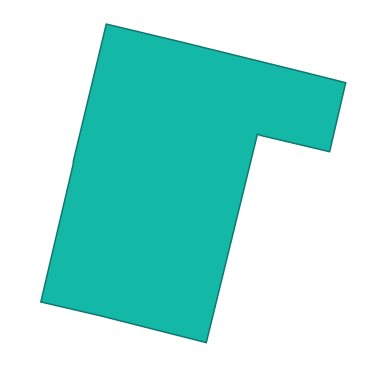 Wells, Indiana, United States of America (Natural Earth projection), rotated 194°
{"feature_id": "52423323B5084797475274", "entity_name": "Wells", "entity_type": "district", "adm_level": 2, "iso_a3": "USA", "parent_name": "United States of America", "parent_adm1": "Indiana", "projection": "natural_earth1", "projection_center": [-85.249, 40.742], "detail": "fine", "context": "isolated", "style": "filled", "palette": "teal", "viewbox_px": 384, "rotation_deg": 194, "n_neighbors": 0, "source": "geoboundaries", "source_scale": "gbopen_adm2", "svg_char_len": 344}
<svg xmlns="http://www.w3.org/2000/svg" viewBox="0 0 384 384"><g transform="rotate(194 192 192)"><path d="M68.2,264.4L69.3,335.2L106.1,335.3L216.5,335.0L229.4,335.0L315.8,334.2L314.6,193.4L314.0,189.9L312.1,48.7L288.8,49.1L251.5,49.7L141.7,49.3L142.5,263.8L136.5,263.5L68.2,264.4Z" fill="#14b8a6" stroke="#0f766e" stroke-width="1.5"/></g></svg>